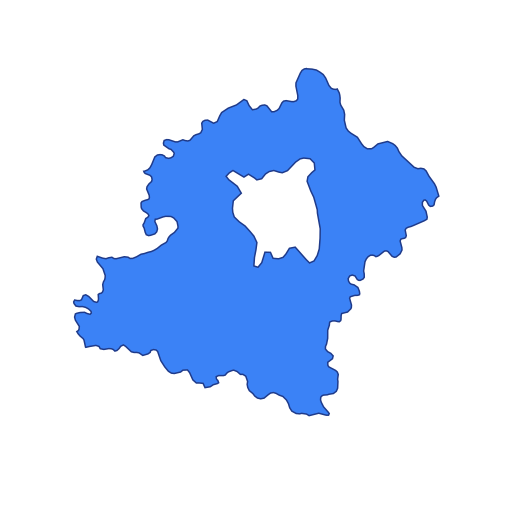 Minsk, Minsk, Belarus, rotated 257°
{"feature_id": "67162791B84471344127718", "entity_name": "Minsk", "entity_type": "district", "adm_level": 2, "iso_a3": "BLR", "parent_name": "Belarus", "parent_adm1": "Minsk", "projection": "mercator", "projection_center": [27.512, 53.937], "detail": "fine", "context": "isolated", "style": "filled", "palette": "blue", "viewbox_px": 512, "rotation_deg": 257, "n_neighbors": 0, "source": "geoboundaries", "source_scale": "gbopen_adm2", "svg_char_len": 6103}
<svg xmlns="http://www.w3.org/2000/svg" viewBox="0 0 512 512"><g transform="rotate(257 256 256)"><path d="M252.5,427.9L253.4,430.8L255.4,431.6L261.4,431.7L267.8,429.5L270.9,430.2L272.6,432.1L272.6,433.4L271.2,434.6L266.8,435.7L265.1,437.0L264.9,439.4L265.8,441.0L268.6,442.2L270.8,443.6L272.1,445.0L273.2,447.6L282.6,447.0L286.3,446.1L294.8,442.5L300.6,440.9L303.1,439.2L304.4,436.3L304.6,433.4L306.9,430.0L320.9,420.5L325.6,418.7L329.3,418.0L332.3,416.5L334.7,414.5L338.0,410.0L337.8,400.0L335.4,395.3L334.5,392.8L335.4,388.6L338.3,385.7L341.6,384.1L348.9,381.5L354.5,375.9L357.0,374.0L360.5,372.6L368.4,372.6L374.0,374.2L378.3,374.3L384.0,372.5L386.9,372.4L391.0,373.5L393.8,373.8L396.2,373.8L400.5,372.7L400.3,371.6L401.0,369.2L402.4,367.1L405.8,365.4L413.7,363.9L417.7,362.3L420.6,359.8L423.6,356.7L425.5,352.6L427.1,347.2L427.3,347.2L427.4,345.1L426.5,342.6L424.2,340.3L415.7,333.9L412.5,333.1L402.8,332.8L399.6,332.0L398.2,330.2L397.9,327.6L398.4,325.5L400.6,320.3L400.7,317.7L399.4,315.7L394.5,311.7L393.2,309.5L392.5,306.1L393.0,303.7L399.9,300.4L401.2,298.5L401.5,295.8L401.2,293.6L399.7,291.3L399.1,289.3L399.3,285.4L404.1,283.1L409.3,282.0L411.2,279.4L407.6,271.0L406.3,262.2L403.5,254.8L400.8,252.3L395.7,248.5L394.9,244.6L399.3,239.5L399.7,236.8L399.1,234.5L397.6,233.0L391.4,232.2L388.5,229.9L387.9,227.9L387.7,224.8L387.1,222.4L383.6,217.7L383.4,215.5L384.4,212.9L385.7,210.9L384.8,205.4L385.3,203.1L388.9,197.2L389.5,195.0L389.2,192.5L386.8,191.2L384.8,191.1L380.0,195.4L379.0,197.2L375.7,199.1L374.3,199.4L371.7,197.8L370.8,195.1L370.8,192.8L372.2,190.0L374.0,189.3L375.7,187.3L376.4,185.2L376.6,182.6L375.3,179.7L368.5,174.9L365.8,172.5L364.3,170.0L363.7,166.4L363.8,165.7L362.5,165.9L361.3,166.6L358.5,170.8L356.7,172.0L354.0,172.0L352.1,171.0L350.3,167.9L348.0,165.4L345.9,164.5L339.2,165.6L337.0,165.3L335.8,164.7L335.3,163.3L335.2,160.5L334.7,157.2L333.5,155.9L329.4,155.1L327.8,155.2L325.2,156.5L322.7,159.1L320.9,160.4L319.4,160.7L318.1,159.3L317.3,157.0L313.4,154.5L311.9,153.0L310.6,152.7L308.3,153.3L304.0,153.4L301.4,153.9L300.0,156.0L299.9,158.0L300.3,162.4L301.9,164.7L304.5,166.1L307.6,166.2L312.3,165.2L314.5,166.1L314.2,167.9L315.0,174.2L315.0,176.8L314.2,180.1L313.6,182.1L311.6,184.4L307.3,186.8L302.6,186.7L300.7,186.2L297.3,181.8L295.5,177.4L294.2,175.6L292.9,174.3L290.6,172.9L289.4,171.4L287.9,166.2L285.6,161.5L284.5,158.1L283.9,154.9L283.9,151.8L283.5,147.7L283.6,144.4L282.1,139.5L281.4,135.3L282.0,132.6L283.6,131.1L284.9,127.5L284.8,119.2L285.4,117.1L287.2,115.3L287.4,112.0L287.1,109.2L288.4,106.1L291.4,101.3L288.9,99.7L285.8,100.1L278.1,104.0L270.8,104.7L268.3,103.9L266.8,103.1L265.2,101.6L262.6,100.2L257.3,99.6L255.4,98.3L254.6,97.0L254.6,95.0L254.0,93.6L249.8,92.9L248.3,92.4L246.9,91.3L246.7,90.2L248.2,87.6L254.2,83.9L256.5,81.4L256.3,78.8L252.6,76.1L252.2,74.2L252.8,71.8L253.9,69.4L252.3,68.0L250.6,68.0L247.7,69.3L246.4,72.3L245.8,75.5L244.3,78.4L242.1,80.9L239.2,82.8L237.5,82.7L236.5,81.2L238.0,78.4L239.7,76.3L240.5,72.0L240.5,68.6L240.2,67.0L237.3,65.5L234.1,65.6L227.1,68.0L224.5,67.1L223.3,66.1L222.7,64.4L220.2,65.2L217.4,66.7L214.4,69.0L212.7,69.5L205.5,69.4L205.3,69.6L205.3,73.4L204.9,79.9L203.2,82.7L200.7,83.4L199.2,86.7L198.9,91.7L198.2,94.1L197.0,95.9L195.1,97.1L195.2,99.2L196.5,101.6L198.5,103.9L199.2,106.8L197.2,108.7L190.7,113.0L189.4,115.6L188.9,118.0L187.9,120.3L184.6,123.3L184.9,128.7L185.9,131.2L187.6,132.2L187.9,135.0L186.9,137.5L185.1,138.7L175.4,139.7L168.4,142.2L163.4,144.7L160.9,147.2L159.9,149.9L159.9,156.4L161.2,159.1L160.4,163.6L157.2,165.1L149.5,166.6L145.7,169.3L145.0,172.3L143.8,175.8L139.2,176.7L138.9,182.0L140.2,185.4L140.4,189.8L140.9,191.1L143.4,190.8L144.5,190.0L145.5,189.8L147.4,190.1L147.9,192.7L146.8,197.3L146.9,199.2L148.5,201.3L149.3,203.1L149.8,206.9L149.8,208.6L147.6,211.7L144.2,214.1L143.6,216.6L141.2,219.0L135.6,219.6L132.9,218.5L129.7,218.4L126.3,219.2L122.7,222.0L119.8,223.3L117.3,225.4L115.8,228.4L115.7,231.9L118.2,236.9L119.2,239.4L119.0,242.3L117.6,244.7L115.3,247.2L113.1,250.6L108.8,253.3L104.8,254.4L100.5,254.7L96.8,256.0L93.5,259.7L92.4,263.0L92.4,265.1L90.6,269.7L88.5,271.8L88.7,281.8L85.4,288.0L84.9,289.3L84.6,290.9L86.0,291.9L87.5,291.3L93.8,287.9L98.7,286.7L101.2,286.5L103.8,287.3L104.7,288.4L105.3,290.2L104.7,294.3L104.9,296.0L104.6,300.5L106.1,303.8L108.8,305.8L115.3,307.6L117.6,307.8L122.1,309.5L124.7,309.1L126.6,307.8L131.5,302.1L133.2,301.4L136.3,302.0L138.7,307.4L141.3,308.7L144.3,307.0L146.7,304.3L149.8,302.7L152.3,303.4L154.3,304.9L159.6,307.3L167.6,309.2L172.1,311.9L174.3,312.6L175.2,313.3L175.5,316.0L175.0,318.4L173.7,320.9L173.2,322.4L174.0,324.0L175.2,324.6L178.7,325.5L180.7,326.5L180.8,332.6L183.3,336.6L184.3,337.3L186.7,338.0L193.8,337.7L195.1,338.7L195.4,343.4L194.8,346.2L195.0,348.1L196.0,348.6L198.4,348.8L202.4,348.2L205.8,345.1L207.1,342.5L208.3,341.3L210.7,340.5L213.2,340.7L215.5,342.8L215.8,345.5L214.3,348.0L210.3,349.4L209.2,350.6L208.8,352.0L209.5,355.1L210.9,356.7L214.2,357.4L217.2,357.5L225.9,360.9L228.4,362.9L230.1,365.1L231.0,367.7L230.6,369.8L229.8,371.4L228.4,372.6L228.4,373.9L228.8,375.7L231.9,382.2L231.7,384.1L230.7,385.6L225.1,388.5L223.7,390.4L223.5,392.3L225.7,396.9L229.0,399.6L231.3,400.0L238.2,399.8L239.8,400.9L240.0,402.4L239.9,404.3L240.3,405.9L242.0,407.0L247.8,407.2L249.2,408.5L249.8,410.7L249.9,413.7L250.4,416.7L252.5,427.9ZM340.4,244.8L343.0,248.7L344.5,252.8L335.6,262.0L337.4,267.1L332.4,272.1L330.0,273.9L330.0,278.9L333.8,283.7L335.3,287.8L335.3,292.6L332.7,297.0L331.2,300.3L332.1,305.9L338.6,315.7L340.7,320.8L340.7,324.6L338.6,330.6L333.5,333.7L326.6,332.8L324.7,329.1L321.5,324.4L317.3,322.6L307.1,324.0L300.3,325.5L287.3,326.1L284.0,325.5L268.1,324.7L258.8,322.4L248.6,319.2L242.7,315.8L238.1,311.4L237.2,306.6L241.0,304.2L255.8,296.2L256.0,290.3L251.2,285.6L248.6,282.1L248.2,277.4L249.9,272.1L256.3,270.9L257.7,265.6L248.2,260.1L244.6,255.4L246.8,251.7L255.0,254.2L262.2,257.4L268.9,259.9L275.9,258.4L281.2,255.7L287.7,252.1L293.0,247.4L298.9,243.6L303.8,243.2L307.8,243.8L314.9,246.3L320.5,255.8L328.2,253.4L336.5,246.6L340.4,244.8Z" fill="#3b82f6" stroke="#1e3a8a" stroke-width="1.5"/></g></svg>